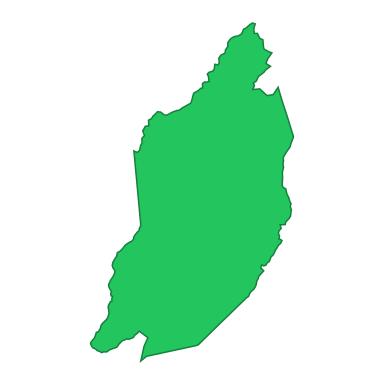 Custódia, Pernambuco, Brazil (Natural Earth projection)
{"feature_id": "56859067B6300441396058", "entity_name": "Custódia", "entity_type": "district", "adm_level": 2, "iso_a3": "BRA", "parent_name": "Brazil", "parent_adm1": "Pernambuco", "projection": "natural_earth1", "projection_center": [-37.699, -8.148], "detail": "fine", "context": "isolated", "style": "filled", "palette": "green", "viewbox_px": 384, "rotation_deg": 0, "n_neighbors": 0, "source": "geoboundaries", "source_scale": "gbopen_adm2", "svg_char_len": 2993}
<svg xmlns="http://www.w3.org/2000/svg" viewBox="0 0 384 384"><path d="M90.5,343.8L91.7,346.2L92.9,347.9L95.6,349.0L97.5,350.9L99.4,351.1L101.4,352.6L103.7,351.9L106.9,351.9L108.3,350.7L110.1,349.6L116.7,347.3L118.3,345.2L119.2,343.8L120.8,342.3L122.3,340.7L123.8,340.3L126.1,339.1L129.4,339.1L133.2,337.6L135.1,334.9L137.0,333.6L139.3,331.2L147.9,337.7L144.1,346.1L140.8,361.0L146.5,356.3L196.1,345.6L198.2,344.9L200.1,343.0L216.9,326.5L246.8,297.5L248.5,296.5L249.7,293.5L251.2,291.4L253.8,289.2L255.1,287.2L256.2,284.7L256.8,280.9L258.1,278.8L258.8,276.3L260.1,274.8L263.7,270.9L260.7,267.7L261.7,264.8L263.6,265.9L265.9,265.2L267.4,262.6L269.3,261.5L270.4,258.8L270.9,257.0L273.0,255.2L274.6,252.3L275.4,250.0L276.6,248.7L278.3,245.5L280.4,243.6L282.0,240.8L280.8,239.5L279.1,239.2L279.5,235.6L278.5,234.0L278.6,232.2L279.3,230.4L281.2,228.5L280.1,224.8L285.2,224.6L285.7,222.2L289.5,218.0L290.6,215.9L290.9,212.8L291.4,209.7L290.3,206.6L291.0,203.6L289.9,201.6L288.8,197.8L286.8,193.7L285.8,188.8L283.2,187.5L282.2,185.2L282.6,178.1L282.4,172.4L283.6,167.1L283.0,164.5L283.5,160.9L283.3,158.7L283.5,156.9L287.1,151.1L289.9,147.3L291.0,143.5L293.5,136.8L287.3,116.6L282.0,100.5L278.1,87.3L273.3,94.5L267.0,95.6L259.8,88.9L252.8,89.5L254.4,85.6L253.4,83.1L256.3,81.1L258.3,76.7L264.0,72.2L265.7,69.9L270.5,66.3L265.9,63.5L267.8,58.7L271.9,52.9L268.3,51.5L264.0,49.0L263.5,46.9L262.9,39.8L259.7,38.3L258.9,36.6L257.4,33.4L254.3,33.4L253.8,28.6L255.2,23.9L252.3,23.0L249.4,25.0L246.0,28.1L243.6,29.2L241.7,33.7L239.8,35.0L237.5,36.1L235.3,36.3L233.8,36.9L232.3,37.6L230.2,39.2L227.8,42.7L227.8,46.5L225.5,49.8L225.0,53.2L221.0,55.0L218.7,58.3L219.1,60.6L219.0,63.5L217.9,64.8L214.8,64.3L214.5,66.7L214.3,69.0L212.9,71.1L211.2,71.6L209.0,72.3L207.3,74.0L208.4,76.5L209.0,81.4L206.7,82.2L204.7,81.9L202.5,83.5L202.5,85.8L202.7,88.0L200.7,88.3L199.2,89.8L197.3,91.2L194.1,92.8L193.2,94.7L192.1,99.2L190.8,103.2L189.1,104.1L182.8,107.6L181.1,108.8L179.6,110.1L176.9,110.5L172.4,112.1L167.1,115.0L164.3,115.0L160.8,112.1L157.5,111.7L154.4,115.0L152.7,116.4L151.6,118.6L148.5,120.2L148.8,125.8L145.3,126.3L142.7,131.0L144.5,135.6L141.9,138.3L142.0,143.1L140.7,145.3L139.7,150.0L138.2,151.9L136.6,152.2L133.9,150.9L138.9,204.6L139.1,207.0L140.5,222.1L140.7,224.2L140.5,226.4L139.4,228.2L139.1,230.5L137.3,232.1L135.4,234.4L133.7,237.1L133.6,239.1L131.7,241.3L129.5,242.2L126.2,244.4L124.8,245.6L123.2,247.9L120.3,251.0L117.3,252.7L116.7,256.2L114.8,258.8L113.8,260.7L112.8,262.5L112.2,265.7L113.4,268.6L114.9,270.6L114.7,273.0L113.6,275.5L112.6,277.2L110.5,280.3L109.8,282.2L108.6,284.3L108.8,286.7L109.6,288.5L110.4,289.9L111.4,291.6L110.7,293.8L111.0,295.8L112.6,296.4L111.8,298.6L112.0,301.0L110.5,301.5L109.5,303.4L108.6,305.0L108.1,307.6L108.7,309.5L109.0,313.4L107.7,317.6L106.8,319.1L105.3,320.6L103.7,322.2L101.7,324.3L100.8,326.2L100.3,328.6L99.1,330.4L98.3,331.9L96.4,332.3L95.7,334.4L94.6,337.8L92.5,340.1L91.0,342.2L90.5,343.8Z" fill="#22c55e" stroke="#15803d" stroke-width="1.5"/></svg>